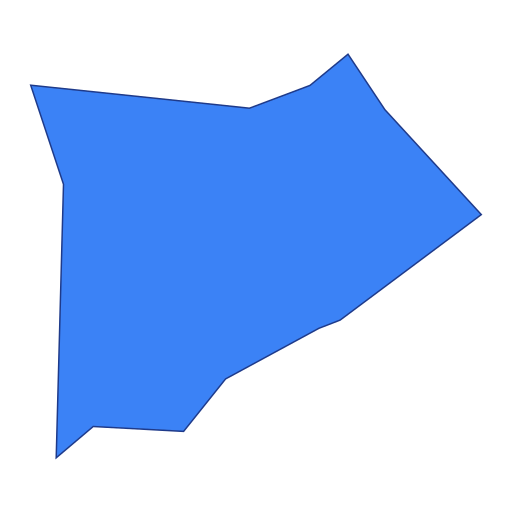 the district of Hopewell, Virginia, United States of America
{"feature_id": "52423323B69617253106645", "entity_name": "Hopewell", "entity_type": "district", "adm_level": 2, "iso_a3": "USA", "parent_name": "United States of America", "parent_adm1": "Virginia", "projection": "natural_earth1", "projection_center": [-77.3, 37.288], "detail": "fine", "context": "isolated", "style": "filled", "palette": "blue", "viewbox_px": 512, "rotation_deg": 0, "n_neighbors": 0, "source": "geoboundaries", "source_scale": "gbopen_adm2", "svg_char_len": 291}
<svg xmlns="http://www.w3.org/2000/svg" viewBox="0 0 512 512"><path d="M30.7,85.2L63.5,184.3L56.2,457.8L93.2,426.5L183.6,431.4L225.6,378.9L318.9,328.3L340.1,320.1L481.3,214.6L384.9,109.7L348.0,54.2L310.0,85.4L249.4,108.2L30.7,85.2Z" fill="#3b82f6" stroke="#1e3a8a" stroke-width="1.5"/></svg>